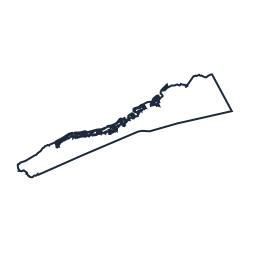 West Areare, Malaita, Solomon Islands, rotated 108°
{"feature_id": "97153195B24972598877483", "entity_name": "West Areare", "entity_type": "district", "adm_level": 2, "iso_a3": "SLB", "parent_name": "Solomon Islands", "parent_adm1": "Malaita", "projection": "natural_earth1", "projection_center": [161.183, -9.358], "detail": "fine", "context": "isolated", "style": "outline", "palette": "slate", "viewbox_px": 256, "rotation_deg": 108, "n_neighbors": 0, "source": "geoboundaries", "source_scale": "gbopen_adm2", "svg_char_len": 6058}
<svg xmlns="http://www.w3.org/2000/svg" viewBox="0 0 256 256"><g transform="rotate(108 128 128)"><path d="M51.1,64.6L51.2,65.3L53.2,67.6L55.6,69.2L56.0,70.8L55.4,74.5L56.0,75.4L55.4,76.8L57.4,78.8L57.3,80.0L58.2,80.8L58.6,81.7L66.9,84.2L68.4,85.0L69.5,84.4L70.7,85.3L71.4,86.3L69.6,85.2L69.4,87.3L70.0,89.6L69.8,91.3L71.6,92.0L71.4,94.7L73.3,97.1L74.1,99.6L78.0,103.4L79.7,104.0L80.2,105.2L80.8,105.0L80.8,105.6L81.6,106.3L81.3,106.8L81.2,106.3L80.5,106.5L77.1,105.2L75.5,103.8L74.7,104.4L79.9,107.1L83.3,108.1L85.2,107.6L85.4,106.6L86.6,105.1L87.3,104.9L89.5,106.6L89.3,107.7L87.8,109.2L88.6,110.8L92.0,112.9L94.0,113.2L95.1,112.2L95.0,110.8L93.0,111.4L91.5,110.9L90.0,109.6L90.3,108.1L89.9,107.1L90.4,106.9L90.5,108.4L91.7,110.1L94.0,110.5L94.3,110.3L93.8,109.6L92.7,109.5L92.2,107.1L92.6,107.0L93.0,108.1L93.4,106.9L93.9,107.1L94.2,106.4L95.4,107.8L96.6,106.8L96.5,106.0L97.4,105.2L97.4,106.9L97.9,107.4L96.9,107.9L97.7,109.0L97.6,109.5L96.8,109.4L96.7,109.9L96.9,110.5L97.6,110.0L98.2,110.6L97.6,111.1L98.1,111.4L97.7,112.2L98.6,112.0L97.5,112.8L99.2,112.2L99.7,112.9L98.8,113.0L99.0,113.5L98.4,113.8L97.4,113.6L97.3,114.1L96.8,112.3L95.8,114.0L97.4,117.5L100.2,120.3L101.6,120.6L101.6,119.6L103.6,117.2L103.8,117.9L104.8,118.2L104.4,119.3L104.7,119.6L105.6,119.6L106.2,120.6L106.7,120.0L107.0,120.2L107.0,120.8L107.3,120.7L106.7,121.5L107.5,121.9L108.0,123.1L109.3,122.9L109.4,122.0L110.2,122.5L111.1,122.1L111.6,123.0L113.5,122.3L114.4,123.5L114.2,124.3L117.1,125.6L117.3,126.2L115.9,126.4L115.0,125.7L114.1,126.2L113.9,126.7L114.5,126.9L115.0,128.8L116.1,128.0L117.7,128.3L118.5,129.4L118.1,130.3L118.7,129.9L119.2,130.3L120.1,129.2L120.6,131.3L121.3,131.1L121.3,131.9L122.5,130.9L121.4,133.0L122.0,132.9L122.8,133.5L123.6,133.0L123.7,131.8L124.2,132.2L123.8,133.1L124.3,133.1L124.7,132.3L125.9,132.6L126.3,131.7L127.4,132.2L127.4,133.1L126.7,133.1L126.7,134.5L125.3,133.9L125.2,134.8L123.5,135.9L124.0,136.4L124.7,135.5L126.0,135.6L128.5,137.5L128.7,137.0L129.8,137.4L129.3,138.1L128.8,137.4L128.4,138.3L128.9,138.8L129.7,138.5L130.9,140.0L130.5,140.8L131.8,142.3L131.4,143.1L132.0,143.8L132.5,143.1L131.6,141.7L131.9,140.6L131.4,139.5L132.0,140.1L132.0,140.9L133.0,141.8L132.1,138.2L134.4,137.7L133.9,139.0L134.3,141.5L134.9,141.3L134.5,139.3L134.9,139.3L134.6,139.8L134.9,140.0L135.1,138.5L135.5,140.5L136.2,141.1L135.9,142.3L137.3,142.3L136.6,141.8L136.3,140.5L137.2,141.3L137.5,142.6L136.8,143.4L138.2,142.6L139.0,142.7L139.3,143.5L138.8,143.7L139.0,144.2L137.5,144.1L138.4,145.3L137.0,144.5L136.1,145.0L135.4,143.8L134.7,144.4L135.6,144.5L135.8,145.9L136.4,145.6L138.6,146.9L138.1,147.6L138.9,147.8L138.4,148.1L138.9,148.6L139.9,148.2L139.6,148.8L140.4,149.1L140.1,150.0L140.5,150.8L142.0,151.5L141.4,152.0L140.0,151.7L140.0,152.0L142.4,153.2L142.7,153.9L140.7,154.0L141.3,155.1L142.0,155.1L142.1,156.0L143.2,155.6L144.7,158.2L145.0,157.1L145.7,158.8L145.4,159.1L146.0,159.5L145.5,160.0L145.8,161.1L146.2,161.3L145.7,162.0L148.0,162.4L148.1,163.3L147.3,164.5L149.1,165.4L148.4,166.0L148.7,166.4L148.4,166.8L147.8,166.5L147.5,167.0L148.5,168.7L148.8,167.2L149.3,166.6L149.6,166.9L151.1,171.0L151.7,171.2L152.2,172.1L151.5,172.0L151.4,171.3L151.1,171.1L150.8,170.5L150.3,170.7L151.2,172.5L151.2,173.8L151.8,174.3L152.8,173.4L153.2,173.6L153.0,174.8L153.6,175.0L152.8,176.2L154.3,177.0L153.5,177.2L153.4,178.4L154.3,180.0L156.3,181.1L156.1,181.7L159.9,185.1L160.7,186.6L161.8,186.7L163.4,189.2L163.7,187.1L164.3,189.0L164.8,187.7L164.9,188.5L166.1,188.8L167.2,188.0L167.5,188.8L167.0,189.3L168.4,189.5L168.1,190.3L167.0,190.3L166.3,191.2L165.7,191.0L164.5,193.3L168.5,197.8L169.0,197.7L169.0,199.1L171.1,201.4L172.5,201.8L173.3,202.8L176.9,204.0L180.1,206.3L181.8,206.9L182.8,208.2L191.1,215.5L194.2,219.7L195.8,220.4L196.1,221.1L196.8,221.5L198.4,221.0L200.4,220.0L201.3,218.7L202.5,218.8L202.0,215.8L200.5,214.1L201.9,210.1L203.0,210.4L203.0,209.5L204.2,208.1L204.2,207.2L204.7,207.0L204.9,205.4L204.2,203.5L202.2,202.5L201.8,200.8L199.8,199.7L200.4,199.4L200.2,198.8L168.1,163.0L128.4,117.4L126.5,114.1L124.4,106.3L108.4,82.5L79.9,34.5L51.1,64.6ZM164.2,192.0L164.9,189.5L163.6,190.5L163.2,189.6L162.3,189.7L159.5,187.2L158.9,186.0L158.2,185.9L151.6,180.5L150.7,178.6L149.9,178.9L149.8,179.7L152.0,182.6L157.8,187.3L162.9,192.4L164.2,192.0ZM150.2,176.4L148.6,172.0L145.2,166.7L145.8,167.1L146.2,166.6L144.4,166.2L144.2,166.8L144.6,168.4L147.1,172.3L148.7,177.0L149.4,177.3L150.2,176.4ZM110.9,122.8L109.6,122.8L109.3,123.6L110.4,124.5L110.5,125.2L109.2,127.3L107.6,126.5L105.6,124.3L105.3,123.1L103.6,122.2L102.7,120.8L102.3,120.6L101.2,121.3L101.9,122.5L104.7,124.3L107.2,128.0L108.5,128.7L110.5,127.8L110.7,124.6L110.1,123.5L110.9,122.8ZM144.8,164.8L143.8,162.4L142.9,162.0L142.7,160.3L140.5,157.9L139.5,155.3L138.8,154.6L138.9,153.7L136.5,150.6L134.8,149.3L134.9,150.0L137.3,152.7L139.1,157.0L144.5,165.3L144.8,164.8ZM132.0,144.4L131.2,144.0L131.1,142.9L130.5,142.4L129.8,142.3L124.6,138.2L123.7,137.8L123.7,138.3L123.2,138.6L122.9,138.0L123.5,137.7L123.3,137.0L122.7,136.9L122.8,137.5L122.3,137.2L122.6,136.0L121.1,136.5L121.2,137.6L122.2,138.8L125.2,139.7L128.0,141.4L130.8,144.8L132.0,144.4ZM134.0,148.8L132.9,147.5L132.6,146.2L131.6,146.3L132.2,147.7L134.0,148.8ZM114.4,129.5L113.6,128.4L113.5,127.1L113.1,127.0L112.8,128.8L114.0,129.7L114.4,129.5ZM116.4,131.4L115.2,130.0L114.3,129.8L114.9,130.7L116.4,131.4ZM121.3,134.7L119.7,134.1L119.5,134.4L120.9,135.5L121.3,134.7ZM147.8,165.5L147.3,164.6L146.9,164.4L146.8,165.3L147.8,165.5ZM150.6,170.1L150.0,169.4L149.1,169.6L150.1,170.4L150.6,170.1ZM144.2,161.0L143.6,160.5L143.4,161.2L143.9,161.6L144.2,161.0ZM153.2,178.2L153.1,177.6L152.6,178.0L152.8,178.7L153.2,178.2ZM151.8,176.2L152.2,175.3L151.6,176.1L151.8,176.2ZM129.9,142.2L130.4,141.5L129.7,142.0L129.9,142.2ZM117.8,131.0L118.0,130.4L117.4,130.7L117.8,131.0ZM103.6,120.8L103.6,120.0L103.3,120.4L103.6,120.8ZM120.5,131.9L120.4,131.3L120.0,130.8L120.0,131.4L120.5,131.9ZM125.1,136.0L124.7,136.1L124.7,136.8L125.1,136.7L125.1,136.0ZM109.1,124.2L109.1,123.6L108.9,123.5L109.1,124.2Z" fill="none" stroke="#1e293b" stroke-width="2"/></g></svg>